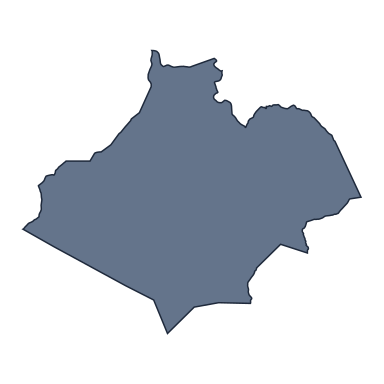 outline of Morolica, Choluteca, Honduras
{"feature_id": "27666195B91678508389935", "entity_name": "Morolica", "entity_type": "district", "adm_level": 2, "iso_a3": "HND", "parent_name": "Honduras", "parent_adm1": "Choluteca", "projection": "albers", "projection_center": [-86.88, 13.564], "detail": "fine", "context": "isolated", "style": "filled", "palette": "slate", "viewbox_px": 384, "rotation_deg": 0, "n_neighbors": 0, "source": "geoboundaries", "source_scale": "gbopen_adm2", "svg_char_len": 5886}
<svg xmlns="http://www.w3.org/2000/svg" viewBox="0 0 384 384"><path d="M167.5,333.5L194.2,307.1L218.6,302.7L250.4,303.4L250.6,303.0L250.6,302.8L250.6,301.8L250.5,300.9L250.6,300.4L250.9,299.7L251.6,298.9L251.7,298.6L251.7,298.2L251.6,297.9L251.4,297.5L249.6,295.5L249.0,294.7L248.9,294.3L248.4,292.6L248.3,291.9L248.3,291.3L248.4,290.6L248.5,289.9L248.5,289.6L248.4,288.8L247.9,287.1L247.6,285.9L247.7,284.8L247.7,283.1L247.8,282.7L248.0,282.2L249.8,279.7L251.3,277.5L253.6,274.5L254.1,273.3L254.5,272.7L254.5,271.8L254.7,271.3L255.0,270.9L255.6,270.6L255.9,270.3L256.6,268.3L256.6,267.9L280.6,244.3L307.4,253.0L307.4,250.7L307.7,249.7L308.1,249.4L308.3,249.0L308.4,248.5L308.3,247.9L308.2,247.4L307.9,246.9L307.5,246.5L306.9,246.1L306.1,245.1L306.3,244.7L306.4,244.4L305.9,243.4L305.6,242.8L305.6,242.5L305.6,242.2L305.8,241.6L305.8,241.1L305.7,241.0L305.4,240.7L305.3,240.4L305.0,239.5L304.9,238.3L304.7,238.0L304.3,237.3L303.5,235.0L303.3,234.4L303.4,234.2L303.5,233.9L303.5,233.6L303.3,233.1L302.8,232.5L302.5,232.0L302.3,231.5L302.3,230.8L302.3,229.9L302.6,229.1L302.9,228.8L304.4,227.9L304.5,227.7L304.7,227.2L305.2,226.7L306.2,223.6L306.4,222.5L306.6,222.0L307.1,221.7L308.3,221.3L310.6,220.6L312.1,220.1L313.1,219.7L314.0,219.4L314.8,219.3L315.7,219.4L316.1,219.4L317.2,219.2L318.0,219.2L318.6,219.2L319.8,218.9L322.5,217.9L324.8,216.3L325.3,216.1L326.2,215.9L330.0,215.5L331.2,215.2L332.3,215.1L333.3,214.8L334.2,214.3L334.7,214.2L335.2,214.3L336.1,214.1L336.7,214.0L337.4,213.5L338.1,213.4L338.5,213.0L339.4,211.7L340.6,210.2L342.2,208.6L345.1,205.4L345.8,204.7L346.4,204.0L347.0,203.4L347.5,202.7L348.3,201.3L349.1,199.7L349.3,199.4L349.7,199.1L349.9,198.9L361.0,197.2L334.9,141.2L334.3,140.8L333.7,140.2L333.0,138.3L332.6,137.4L331.9,135.4L331.1,134.8L328.7,133.4L328.2,132.9L327.6,132.2L326.8,131.4L325.7,129.9L325.4,129.3L325.1,129.0L324.6,128.5L321.7,126.5L321.3,126.1L320.4,125.0L319.7,123.7L314.9,118.6L313.9,117.6L312.7,117.1L311.9,116.5L311.7,116.2L311.4,115.5L310.7,113.9L310.5,113.4L309.4,112.1L308.4,111.3L307.7,110.9L307.1,110.7L306.0,110.6L304.8,110.4L303.7,110.2L303.4,110.3L302.9,110.4L302.5,110.3L301.7,110.0L299.8,109.1L298.9,108.7L298.6,108.7L297.1,108.7L296.9,108.7L296.6,108.5L296.4,108.3L295.8,107.2L294.9,105.9L294.2,105.5L293.9,105.3L293.5,105.2L293.2,105.3L292.7,105.5L291.1,106.3L288.6,108.1L288.0,108.5L287.5,108.7L287.1,108.7L286.1,108.6L284.8,108.4L281.7,107.4L281.1,107.1L280.7,106.8L280.3,106.4L279.6,105.6L278.5,104.8L278.2,104.6L277.6,104.7L276.7,104.9L274.2,104.9L273.2,105.0L272.8,105.2L271.9,106.2L271.6,106.4L271.3,106.3L269.6,105.7L268.8,106.1L268.2,106.4L267.0,106.6L266.6,106.4L266.3,106.4L266.2,106.6L266.3,107.3L266.3,108.1L266.2,108.4L266.0,108.5L265.7,108.4L265.1,107.9L264.2,107.4L263.5,107.5L263.0,107.4L262.3,107.2L261.8,106.8L261.3,106.8L260.8,107.0L260.3,107.4L259.4,108.3L256.2,111.6L254.6,113.9L254.1,114.8L253.8,115.5L253.6,116.6L253.3,117.2L252.6,117.7L249.9,119.0L249.0,120.1L248.3,121.1L248.0,123.0L247.3,123.9L246.7,125.1L246.6,125.4L246.3,126.1L246.1,126.7L245.6,127.4L245.3,127.4L245.2,127.3L245.1,126.9L245.0,126.7L244.5,126.2L242.6,125.2L241.2,124.4L240.2,123.7L239.2,122.6L237.4,120.8L235.4,117.5L233.5,115.5L232.7,115.0L232.4,114.6L232.1,114.1L232.0,113.5L231.7,109.5L231.5,106.0L231.3,105.0L231.1,104.3L230.9,103.7L230.5,103.1L230.1,102.6L229.7,102.3L226.8,100.7L225.8,100.4L224.9,100.3L224.7,100.3L224.4,100.5L222.4,102.2L221.6,102.6L221.3,102.7L220.5,102.7L219.2,102.6L218.3,102.4L217.6,102.1L217.0,101.7L216.0,100.6L215.0,99.8L214.5,99.4L214.1,98.9L213.8,98.3L213.6,97.7L213.6,96.9L213.7,96.0L213.9,95.4L214.6,94.6L215.8,93.5L216.2,93.2L216.9,93.0L217.3,92.9L217.6,92.5L217.8,92.4L217.8,92.2L217.7,91.7L217.2,90.8L216.9,90.2L216.4,88.6L216.1,88.1L216.0,87.0L214.9,83.8L214.5,82.9L214.5,82.6L214.5,82.3L214.7,82.1L214.9,81.9L215.5,81.6L218.8,80.9L219.5,80.4L220.4,79.8L221.0,78.7L221.6,76.6L222.1,75.6L222.2,74.9L222.1,74.3L221.9,73.6L221.9,72.6L221.9,71.8L222.1,70.8L221.2,71.0L220.6,71.0L219.9,70.5L218.9,69.8L217.9,68.9L216.2,67.8L215.7,67.4L214.9,66.6L214.3,66.0L214.0,65.3L213.8,64.4L213.9,63.7L214.6,62.8L215.0,62.4L215.7,62.0L216.3,61.4L216.6,61.0L216.4,60.3L215.7,59.5L214.2,58.4L192.0,66.3L190.9,66.8L189.7,67.1L188.6,67.1L187.7,66.9L184.4,66.5L183.4,66.3L183.0,66.4L181.9,66.4L179.9,66.5L174.7,67.2L173.8,67.2L172.9,67.0L171.5,66.5L169.0,65.3L168.4,65.1L167.6,65.1L167.0,65.1L164.3,66.3L163.7,66.5L163.4,66.5L163.1,66.4L162.8,66.2L161.8,65.3L161.0,64.5L160.7,63.9L160.4,62.9L160.0,59.5L159.5,57.1L159.2,55.1L158.9,54.1L158.5,53.2L156.9,51.5L156.3,51.2L155.3,50.9L153.9,50.6L152.0,50.5L151.8,50.5L152.1,51.1L152.2,51.5L152.2,54.8L152.0,55.7L151.1,58.8L151.0,59.7L150.9,60.5L151.0,60.9L151.9,63.6L151.9,63.9L151.9,64.5L151.5,66.1L150.0,69.3L148.4,73.8L148.2,74.4L148.2,74.9L148.1,77.4L148.1,77.8L148.2,78.5L148.5,79.8L150.3,82.1L150.8,83.1L151.1,83.7L151.2,84.0L151.2,84.5L151.2,86.5L151.0,87.1L139.4,112.7L131.4,118.9L131.0,119.7L130.7,120.6L126.7,125.2L125.5,126.5L120.8,132.3L119.0,133.7L110.9,144.8L101.2,151.9L99.1,152.0L97.0,152.3L95.4,152.8L94.6,153.3L90.0,161.1L66.0,161.1L65.3,161.8L64.0,162.8L62.2,164.4L58.9,167.0L58.6,167.3L58.1,168.1L57.5,168.9L55.7,170.4L55.5,170.9L55.2,172.8L55.1,173.2L54.5,174.4L53.9,175.1L53.3,174.9L52.7,174.7L51.3,174.8L48.1,175.5L46.5,176.0L46.2,176.1L45.5,177.2L44.8,178.8L44.3,180.2L43.8,181.0L42.2,182.7L39.1,185.1L38.5,185.5L38.4,185.8L38.5,186.2L39.0,187.4L39.8,189.4L40.3,191.4L40.9,192.7L41.1,193.2L41.3,195.2L41.4,197.1L41.9,199.8L41.1,205.3L41.2,206.5L41.3,208.2L41.3,209.5L41.1,210.2L40.7,211.2L40.3,212.1L39.7,213.1L39.4,213.8L39.1,214.9L39.0,216.7L38.9,216.9L38.1,217.5L36.4,218.9L35.7,219.3L34.8,219.6L34.2,220.0L33.8,220.3L33.3,220.9L32.5,221.5L31.2,222.2L29.2,223.0L28.7,223.3L27.9,224.0L26.5,225.6L25.4,226.6L23.8,228.6L23.4,229.0L23.0,229.2L53.9,246.7L125.8,285.8L153.7,300.0L167.5,333.5Z" fill="#64748b" stroke="#1e293b" stroke-width="1.5"/></svg>